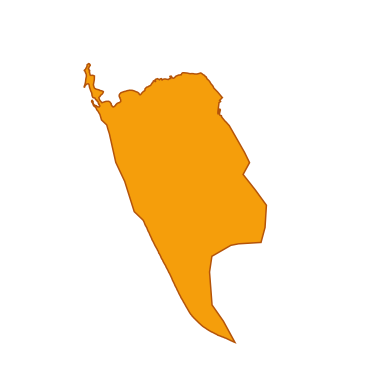 Anloga, Volta, Ghana (Albers equal-area conic projection), rotated 70°
{"feature_id": "2480657B74011824532465", "entity_name": "Anloga", "entity_type": "district", "adm_level": 2, "iso_a3": "GHA", "parent_name": "Ghana", "parent_adm1": "Volta", "projection": "albers", "projection_center": [0.753, 5.825], "detail": "fine", "context": "isolated", "style": "filled", "palette": "amber", "viewbox_px": 384, "rotation_deg": 70, "n_neighbors": 0, "source": "geoboundaries", "source_scale": "gbopen_adm2", "svg_char_len": 5704}
<svg xmlns="http://www.w3.org/2000/svg" viewBox="0 0 384 384"><g transform="rotate(70 192 192)"><path d="M37.7,244.2L37.5,244.4L37.2,244.6L36.6,244.5L36.0,245.1L36.0,245.3L36.3,246.0L36.3,246.5L36.5,246.9L36.7,247.2L37.5,247.4L38.2,247.9L40.3,250.3L40.7,251.4L41.1,251.7L42.0,251.2L43.6,251.3L45.0,251.1L47.0,251.6L49.8,253.3L52.1,254.4L53.7,255.4L55.4,256.6L55.7,257.1L56.4,257.4L56.6,257.4L56.7,257.1L56.5,256.8L55.8,256.4L55.5,255.9L54.7,254.5L54.6,254.1L54.7,253.0L54.9,252.4L55.3,252.2L55.7,252.0L58.6,252.5L60.4,252.5L62.5,252.6L63.2,252.5L63.9,252.4L65.3,252.5L67.0,252.9L68.8,252.9L69.2,252.8L69.8,252.3L70.5,251.1L70.8,251.0L71.8,251.0L72.3,250.9L72.7,250.6L72.9,250.1L73.1,250.0L73.6,250.2L73.9,250.2L74.4,249.9L74.8,249.5L75.3,249.5L76.1,249.7L76.4,249.7L76.5,249.6L76.7,249.4L76.9,249.4L77.3,249.6L77.6,249.6L77.7,249.3L77.9,249.2L78.6,249.3L78.9,249.4L79.3,249.2L79.6,249.1L79.8,249.3L80.2,249.8L80.3,250.1L80.0,250.8L79.9,251.3L79.6,251.5L79.4,251.6L79.2,252.0L78.4,252.3L78.2,252.4L77.5,253.4L77.0,253.9L75.8,254.5L75.4,254.5L74.9,254.4L73.8,254.4L73.1,254.0L72.8,254.1L72.5,254.4L71.8,254.3L71.7,254.4L71.7,254.8L72.4,255.3L73.0,255.4L74.6,255.0L76.8,255.0L77.5,254.8L78.0,254.6L78.6,254.1L80.1,253.5L80.8,253.4L82.1,253.4L83.9,252.7L86.4,252.3L87.4,252.0L93.3,252.4L99.8,249.2L100.2,249.2L102.7,249.4L103.6,249.5L108.9,249.7L138.1,253.5L159.0,251.6L190.7,253.0L201.7,247.6L203.6,247.3L204.0,247.3L206.2,247.3L207.2,247.2L207.9,247.2L208.6,246.9L210.0,246.8L210.4,246.7L210.5,246.6L211.4,246.7L212.2,246.7L212.9,246.6L214.1,246.6L215.2,246.3L218.5,246.2L218.9,246.1L221.6,245.9L221.8,245.8L223.1,245.9L225.2,245.5L227.2,245.3L229.2,245.1L229.5,245.1L232.4,244.6L234.1,244.3L235.2,244.3L235.9,244.0L238.2,244.1L238.8,243.8L241.4,243.5L241.9,243.4L242.9,243.5L243.5,243.4L244.5,243.3L245.8,242.9L247.3,242.9L251.0,242.3L252.2,242.0L253.6,242.0L257.5,241.4L259.4,241.3L260.8,241.0L261.5,240.9L263.0,240.8L266.2,240.5L266.6,240.5L266.8,240.5L267.8,240.5L268.0,240.5L272.4,240.0L273.8,240.0L273.9,239.9L274.8,239.9L277.0,239.5L277.8,239.5L279.3,239.4L280.2,239.2L283.0,239.0L286.4,238.5L287.4,238.5L290.6,237.8L292.6,237.6L292.8,237.5L295.6,237.0L296.5,236.9L298.3,236.6L299.7,236.3L301.1,236.1L301.5,236.0L302.8,235.8L302.9,235.7L304.5,235.5L305.5,235.2L306.5,235.0L307.8,234.4L308.6,234.3L309.2,234.1L309.8,233.7L311.0,233.3L312.1,232.7L313.2,232.3L313.8,231.9L315.0,231.4L315.2,231.2L315.8,231.0L318.1,229.9L318.3,229.7L319.4,229.2L321.8,227.9L323.8,226.5L324.3,226.0L326.7,224.4L327.1,223.9L327.5,223.7L328.5,222.9L328.7,222.7L330.3,221.4L330.5,221.0L333.4,218.4L334.2,217.5L335.3,216.8L336.9,214.8L338.4,213.2L339.2,212.1L340.2,211.2L340.9,210.2L342.7,208.5L344.5,206.7L344.8,206.5L344.8,206.4L347.3,203.9L348.0,203.1L324.1,206.7L305.0,211.8L273.2,202.9L259.2,195.3L255.4,173.7L256.6,166.0L263.0,144.4L250.3,135.5L229.9,126.6L212.1,131.7L193.0,138.0L184.1,127.9L172.7,129.1L142.3,134.3L139.9,135.3L138.3,135.9L136.5,136.8L133.6,137.8L131.9,138.4L130.3,138.3L129.6,139.4L129.3,139.5L128.7,139.6L127.5,139.2L124.6,137.3L124.3,137.3L123.8,137.4L123.6,137.6L123.5,138.0L123.7,138.3L123.9,138.4L125.6,138.9L127.9,141.0L126.7,140.7L125.8,140.4L117.2,136.0L116.8,134.2L116.6,134.1L115.3,134.7L114.2,132.2L113.9,132.0L113.7,131.2L106.8,133.7L101.7,136.0L100.6,136.0L100.1,136.1L99.2,136.2L96.9,137.1L96.0,137.3L94.2,137.6L92.9,138.1L90.7,139.2L88.7,139.3L88.0,140.1L86.9,140.2L85.3,141.6L84.5,142.0L83.4,142.8L83.1,143.2L83.0,145.4L82.8,147.1L82.7,147.4L82.4,148.0L82.2,148.8L81.1,150.5L81.0,150.9L80.7,151.5L80.3,153.0L80.0,153.6L79.5,154.5L79.1,155.0L78.5,156.0L77.1,159.0L76.9,159.5L76.8,160.1L77.1,161.1L77.7,161.6L78.2,162.2L77.9,162.5L77.8,162.9L77.9,163.4L77.5,164.6L77.7,167.7L78.2,168.4L78.2,168.6L78.5,169.5L78.8,170.0L78.8,170.5L78.6,170.9L77.6,171.7L76.6,171.7L75.9,172.0L75.8,173.2L76.0,173.3L76.6,172.9L78.0,173.3L77.7,174.4L78.2,175.5L78.2,175.8L78.1,176.0L77.3,177.4L76.5,178.7L76.3,179.7L76.2,180.6L76.5,181.7L76.5,181.8L76.2,181.9L75.7,181.8L75.0,182.0L74.9,182.4L74.9,183.1L75.4,184.2L73.7,185.7L73.8,186.1L73.7,186.6L73.6,186.8L73.6,187.2L74.0,188.4L74.2,188.5L75.2,188.3L75.5,188.3L75.7,188.6L75.6,188.8L74.7,189.5L74.4,190.2L74.6,190.4L74.9,190.7L75.2,191.0L75.6,191.3L75.8,191.6L75.8,192.0L77.7,194.5L77.8,196.4L78.1,197.3L78.0,198.6L78.0,198.9L79.1,201.0L80.0,201.3L80.5,201.6L80.7,202.0L80.8,203.1L82.1,205.8L82.8,206.7L82.9,207.1L82.9,207.6L82.6,207.9L82.2,208.1L81.2,208.1L80.7,208.4L80.0,208.8L79.3,209.4L78.7,210.2L76.8,212.2L76.5,212.8L76.1,213.2L74.9,216.1L74.9,216.8L74.7,217.7L74.6,218.5L74.6,220.4L74.4,221.0L74.4,221.8L74.4,224.9L74.8,225.4L74.9,225.9L75.3,226.5L75.8,227.1L76.3,227.4L76.5,227.4L77.3,227.7L78.0,227.6L78.5,227.7L78.9,227.4L79.3,227.6L80.0,227.6L81.0,227.5L81.7,227.7L82.4,227.9L82.7,228.2L82.8,228.9L83.2,229.5L83.1,229.9L83.0,230.8L83.2,232.1L83.2,232.3L83.5,232.5L83.7,233.4L84.1,234.0L84.6,234.3L84.8,235.3L85.3,236.5L85.0,237.2L84.2,237.5L83.8,237.8L83.5,237.8L83.3,238.0L83.1,237.8L82.6,237.9L81.7,238.0L81.2,237.7L81.0,237.8L80.8,238.0L79.6,238.2L78.9,238.8L78.5,239.0L78.2,239.4L77.4,241.9L77.3,246.1L74.1,247.3L71.5,247.3L71.2,246.9L70.7,245.7L70.2,245.2L69.8,244.5L69.3,243.0L68.8,242.2L67.6,241.0L67.3,241.0L67.0,241.2L66.8,241.5L66.1,242.1L65.8,242.7L65.5,243.0L65.4,243.5L65.0,243.8L64.8,244.2L64.2,244.4L62.6,246.9L62.0,247.3L61.3,248.0L60.8,248.2L58.4,248.1L57.5,248.0L56.8,247.6L53.1,245.4L52.1,245.0L49.6,244.0L48.4,245.3L47.8,247.2L47.3,247.7L47.1,247.7L44.9,247.4L44.3,247.3L44.1,247.5L43.5,247.1L43.4,246.9L43.1,246.7L42.7,246.6L42.3,246.7L41.9,247.2L41.2,247.0L40.9,247.3L40.6,247.2L40.4,247.1L40.0,246.4L39.5,246.0L39.0,245.6L38.3,244.4L37.9,244.2L37.7,244.2Z" fill="#f59e0b" stroke="#b45309" stroke-width="1.5"/></g></svg>